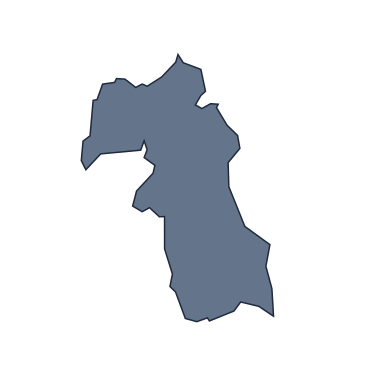 Vraneshtitsa, Vraneštica, North Macedonia (Robinson projection), rotated 118°
{"feature_id": "65306769B74199760072032", "entity_name": "Vraneshtitsa", "entity_type": "district", "adm_level": 2, "iso_a3": "MKD", "parent_name": "North Macedonia", "parent_adm1": "Vraneštica", "projection": "robinson", "projection_center": [21.041, 41.503], "detail": "fine", "context": "isolated", "style": "filled", "palette": "slate", "viewbox_px": 384, "rotation_deg": 118, "n_neighbors": 0, "source": "geoboundaries", "source_scale": "gbopen_adm2", "svg_char_len": 879}
<svg xmlns="http://www.w3.org/2000/svg" viewBox="0 0 384 384"><g transform="rotate(118 192 192)"><path d="M232.3,237.8L232.8,226.7L225.8,222.2L229.2,209.2L226.6,204.7L255.1,189.5L273.6,170.8L285.8,167.1L288.0,159.6L306.8,138.5L304.2,126.8L295.9,119.3L297.7,116.1L277.4,99.1L266.3,97.4L261.6,79.4L263.4,61.7L239.8,76.1L222.9,91.9L201.9,98.5L197.6,129.2L170.0,162.0L149.1,173.9L131.0,170.2L120.7,178.3L116.6,192.4L106.0,210.0L102.2,210.1L105.3,217.0L113.7,222.5L113.5,229.9L102.7,229.5L96.7,227.4L79.6,241.7L82.0,260.4L77.2,268.9L85.0,267.3L104.7,272.8L119.6,281.2L120.1,286.7L126.1,290.8L123.8,304.2L127.3,311.9L131.6,311.8L138.7,321.6L155.0,319.2L157.5,322.3L190.3,308.4L198.2,312.1L216.2,304.5L222.2,296.2L201.2,290.5L179.1,256.9L169.3,258.3L175.7,251.5L184.1,250.4L185.9,237.3L193.8,235.2L217.2,241.4L232.3,237.8Z" fill="#64748b" stroke="#1e293b" stroke-width="1.5"/></g></svg>